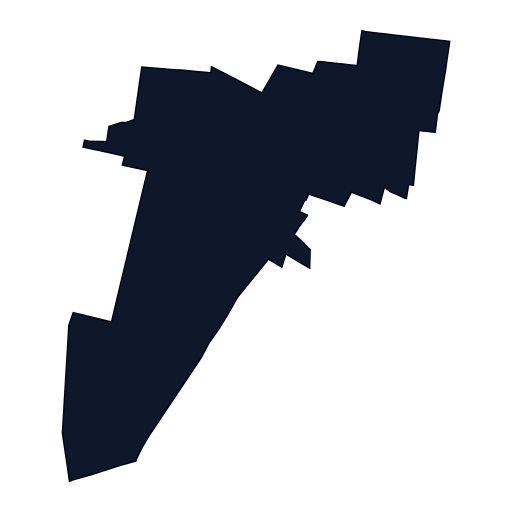 outline of Macesu De Jos, Dolj, Romania
{"feature_id": "2599482B63888529601134", "entity_name": "Macesu De Jos", "entity_type": "district", "adm_level": 2, "iso_a3": "ROU", "parent_name": "Romania", "parent_adm1": "Dolj", "projection": "natural_earth1", "projection_center": [23.709, 43.853], "detail": "fine", "context": "isolated", "style": "filled", "palette": "ink", "viewbox_px": 512, "rotation_deg": 0, "n_neighbors": 0, "source": "geoboundaries", "source_scale": "gbopen_adm2", "svg_char_len": 2775}
<svg xmlns="http://www.w3.org/2000/svg" viewBox="0 0 512 512"><path d="M69.5,481.3L72.9,479.9L92.3,474.4L118.5,465.9L135.9,461.0L136.6,458.6L142.3,447.0L148.8,436.1L201.3,357.5L208.9,343.1L218.5,329.5L227.2,315.5L237.5,297.3L268.4,259.2L278.9,265.4L281.8,267.2L285.9,254.0L304.4,265.1L309.7,268.1L309.7,267.8L310.1,249.7L304.9,244.7L304.3,243.6L304.1,243.4L298.0,237.9L294.1,234.4L294.3,234.2L295.1,233.0L295.9,231.8L297.0,230.2L297.3,229.8L297.5,229.4L297.9,228.9L298.0,228.4L298.3,228.0L298.6,227.4L298.8,227.1L299.1,226.6L299.5,226.2L299.8,225.8L300.5,224.9L301.0,224.1L301.6,223.3L302.2,222.6L302.6,222.2L303.2,221.5L304.2,220.3L304.4,220.1L304.5,219.9L304.7,219.6L304.8,219.3L305.0,219.1L305.2,218.8L305.4,218.4L305.7,218.0L305.8,217.8L306.0,217.6L306.3,217.1L306.4,216.9L306.7,216.6L306.8,216.3L307.0,216.0L307.1,215.7L307.4,215.4L307.5,215.2L299.3,211.6L302.5,204.9L305.1,199.6L306.0,200.1L308.7,194.1L319.2,197.6L322.3,198.6L340.0,204.8L344.2,206.2L344.3,205.9L345.8,202.8L351.4,192.2L351.8,192.3L359.8,195.4L372.7,200.4L380.0,203.9L384.4,187.1L385.6,188.0L390.3,191.7L391.1,192.0L394.2,193.3L398.8,195.3L403.5,197.6L404.9,198.2L406.4,198.4L408.6,184.6L413.4,185.2L413.7,182.3L415.2,166.5L415.8,161.1L418.9,130.5L435.2,132.3L436.9,118.7L437.3,114.3L439.1,110.9L440.5,101.7L441.3,96.0L443.8,80.5L445.5,70.8L446.7,61.6L449.4,43.5L449.6,41.4L433.2,39.5L425.7,38.7L423.7,38.4L421.2,38.2L419.5,38.0L417.4,37.7L408.1,36.6L404.2,36.2L398.6,35.5L395.4,35.2L392.4,34.8L388.2,34.3L384.2,33.8L381.9,33.6L379.1,33.3L376.7,33.0L374.0,32.7L370.0,32.2L367.3,31.8L365.4,31.6L363.1,31.0L362.0,30.7L361.1,36.4L360.1,43.3L358.8,52.7L357.9,60.1L357.5,62.5L357.4,64.0L357.3,65.6L355.3,65.4L351.3,65.0L347.6,64.6L345.5,64.3L342.1,63.9L340.1,63.8L336.0,63.3L333.6,63.1L331.3,62.8L329.1,62.6L326.1,62.2L323.5,61.9L322.4,61.8L322.1,61.8L317.8,61.5L314.3,70.2L313.1,72.5L312.7,73.4L278.0,65.1L267.2,83.8L262.0,92.8L258.4,91.2L251.6,87.5L241.1,82.0L221.2,71.7L211.4,66.7L210.9,72.8L210.3,72.8L204.5,72.2L195.9,71.5L187.9,70.6L182.0,70.1L179.0,69.9L177.1,70.0L175.9,69.9L174.7,69.8L173.6,69.7L172.5,69.6L171.4,69.5L170.6,69.5L169.8,69.4L168.8,69.3L167.3,69.2L166.0,69.0L164.7,68.9L163.6,68.8L162.4,68.7L161.5,68.7L160.2,68.6L159.1,68.5L157.6,68.4L156.3,68.2L154.9,68.1L153.3,68.0L151.6,67.9L150.3,67.8L149.0,67.7L147.6,67.5L146.4,67.4L145.3,67.3L143.9,67.2L143.2,67.1L141.8,67.1L141.7,67.6L141.2,71.2L140.5,76.0L139.0,86.3L134.3,119.5L126.2,122.5L121.9,122.4L120.3,122.8L109.0,126.4L106.7,141.6L89.7,141.3L84.5,140.3L83.1,147.1L108.9,152.6L124.6,156.2L122.4,165.1L130.7,166.9L147.6,170.6L131.8,236.6L126.5,259.1L121.3,280.7L111.5,322.0L73.2,312.6L68.8,325.5L68.2,336.9L63.9,408.0L63.9,409.0L62.4,433.1L65.2,451.9L66.5,460.7L69.5,481.3Z" fill="#0f172a" stroke="#020617" stroke-width="1.5"/></svg>